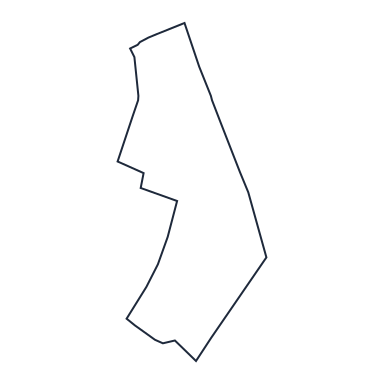 outline of Fakaifou, Tuvalu
{"feature_id": "33948139B58863011361490", "entity_name": "Fakaifou", "entity_type": "district", "adm_level": 2, "iso_a3": "TUV", "parent_name": "Tuvalu", "parent_adm1": "", "projection": "natural_earth1", "projection_center": [179.2, -8.516], "detail": "fine", "context": "isolated", "style": "outline", "palette": "slate", "viewbox_px": 384, "rotation_deg": 0, "n_neighbors": 0, "source": "geoboundaries", "source_scale": "gbopen_adm2", "svg_char_len": 500}
<svg xmlns="http://www.w3.org/2000/svg" viewBox="0 0 384 384"><path d="M130.1,48.5L134.4,57.1L138.4,95.9L138.1,100.3L132.5,116.7L117.6,161.5L143.6,173.1L140.7,188.0L177.1,201.0L167.7,236.9L157.9,264.3L146.4,286.9L126.6,318.7L134.9,325.4L155.0,339.8L162.9,343.3L174.9,340.5L196.0,361.0L211.2,337.8L266.4,257.4L248.3,192.4L239.9,172.0L220.6,122.5L212.0,100.2L210.9,95.9L199.2,66.7L184.5,23.0L157.3,33.9L148.4,37.6L139.9,42.1L137.7,44.8L130.1,48.5Z" fill="none" stroke="#1e293b" stroke-width="2"/></svg>